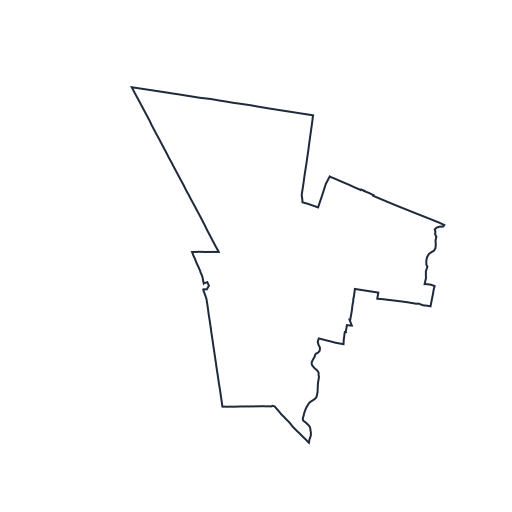 Floresti, Prahova, Romania, rotated 203°
{"feature_id": "2599482B41592580357929", "entity_name": "Floresti", "entity_type": "district", "adm_level": 2, "iso_a3": "ROU", "parent_name": "Romania", "parent_adm1": "Prahova", "projection": "orthographic", "projection_center": [25.793, 45.022], "detail": "fine", "context": "isolated", "style": "outline", "palette": "slate", "viewbox_px": 512, "rotation_deg": 203, "n_neighbors": 0, "source": "geoboundaries", "source_scale": "gbopen_adm2", "svg_char_len": 6055}
<svg xmlns="http://www.w3.org/2000/svg" viewBox="0 0 512 512"><g transform="rotate(203 256 256)"><path d="M219.2,358.0L219.9,349.7L218.9,338.9L218.0,327.0L217.8,325.0L225.4,324.5L228.4,324.3L230.7,324.1L231.2,323.9L232.5,323.8L234.2,323.6L235.1,325.5L236.6,328.0L237.7,329.9L238.0,330.8L238.8,334.0L240.6,341.1L242.8,349.1L245.0,357.9L245.1,358.3L245.1,358.5L247.2,366.3L248.9,372.9L251.2,381.1L253.5,389.7L254.7,394.2L257.3,403.8L257.9,405.6L258.2,407.2L258.4,407.8L301.2,397.0L312.5,394.3L319.7,392.7L327.0,390.8L337.3,388.0L344.2,386.4L350.5,384.8L358.8,382.9L369.5,379.7L393.0,373.9L393.9,373.6L399.2,372.3L436.3,362.8L430.6,358.1L424.4,353.2L414.4,345.1L406.1,338.4L403.8,336.2L393.8,328.1L390.1,325.2L387.6,323.1L382.8,319.2L379.8,316.8L374.2,312.1L372.4,310.7L370.6,309.3L367.6,306.8L366.0,305.5L363.9,303.8L361.3,301.7L355.6,297.1L353.3,295.3L350.4,293.0L347.4,290.4L345.4,288.7L342.1,286.2L338.3,283.0L332.2,278.2L330.6,276.9L330.4,276.7L330.2,276.6L329.8,276.2L327.8,274.6L325.8,273.0L322.3,270.2L317.5,266.2L317.0,265.8L316.4,265.3L311.2,260.8L310.0,259.8L309.2,259.1L308.4,258.6L307.2,257.5L305.5,256.2L304.6,255.4L303.0,254.1L301.9,253.1L301.1,252.6L300.2,251.8L298.2,250.2L296.8,249.0L294.4,247.2L292.2,245.5L291.9,245.2L293.3,244.7L293.5,244.4L294.2,244.2L294.6,244.1L294.9,243.9L295.6,243.6L296.3,243.3L297.9,242.7L298.6,242.3L299.5,241.9L300.4,241.6L301.3,241.2L301.6,241.1L302.9,240.5L304.6,239.6L305.0,239.6L305.6,239.4L306.0,239.3L307.8,238.5L308.8,238.1L309.3,237.9L310.7,237.4L311.2,237.1L311.7,236.8L313.7,235.9L314.0,235.8L315.4,235.2L315.8,235.0L316.4,234.7L316.0,234.3L315.9,234.1L315.0,233.2L314.6,232.8L314.2,232.3L312.7,231.0L312.3,230.6L311.6,230.0L311.0,229.5L310.3,228.7L309.2,227.6L309.0,227.4L308.7,227.1L308.1,226.5L307.7,226.1L307.2,225.6L306.4,224.9L305.9,224.4L305.3,224.0L305.1,223.8L304.3,223.1L303.2,221.9L302.8,221.6L301.8,220.7L301.0,219.7L300.6,219.2L299.4,218.1L298.1,216.9L297.5,216.2L297.1,215.8L295.2,212.9L293.9,211.0L293.4,210.3L293.3,210.6L292.9,210.9L291.8,211.8L290.6,212.9L288.9,211.3L287.7,210.2L288.3,206.0L291.3,204.9L291.5,204.6L291.4,204.3L289.8,202.5L287.1,199.7L285.1,197.4L284.6,196.8L283.4,194.8L281.7,192.1L278.1,186.1L276.4,183.2L273.1,178.0L271.7,175.7L270.6,173.8L268.9,171.1L268.2,169.8L267.6,168.8L266.8,167.5L265.2,164.9L262.9,161.2L259.6,155.7L259.3,155.2L258.9,154.6L252.2,143.6L250.9,141.6L249.9,139.8L247.7,136.2L246.1,133.6L245.0,131.9L242.6,127.9L239.9,123.5L238.1,120.7L237.0,119.0L234.8,115.3L231.0,109.1L228.2,104.4L228.0,104.2L226.0,105.1L224.9,105.5L223.4,106.1L221.2,107.1L219.0,108.0L217.3,108.7L215.8,109.4L214.1,110.2L212.2,111.1L210.9,111.7L208.8,112.6L206.4,113.6L205.4,114.1L204.3,114.5L203.3,114.9L202.5,115.3L201.2,115.9L200.2,116.3L199.2,116.7L198.4,117.1L196.3,118.0L194.8,118.7L193.2,119.4L190.6,120.6L189.5,121.0L188.6,121.3L186.7,122.1L185.6,122.6L184.8,122.9L183.7,123.3L182.9,123.7L182.6,124.3L182.1,124.6L181.2,124.7L179.6,124.7L178.8,124.2L177.3,123.4L175.6,122.7L174.0,121.8L172.2,120.9L171.0,120.2L169.7,119.7L168.1,119.1L167.0,118.7L166.4,118.4L166.1,118.3L165.5,118.0L165.0,117.7L163.9,117.3L162.4,116.7L161.5,116.4L158.3,114.8L157.9,114.6L157.2,114.2L156.6,113.8L155.7,113.3L153.3,112.3L149.3,110.7L147.3,110.0L140.9,107.4L138.6,106.6L136.0,105.4L134.3,104.8L134.5,105.6L134.7,106.5L135.1,107.7L135.1,108.6L135.2,109.9L135.3,111.2L135.4,112.0L135.7,113.0L136.2,114.4L137.0,115.6L138.5,118.2L139.6,119.6L140.4,120.2L142.5,121.2L145.0,122.1L147.2,122.6L148.1,122.9L148.5,123.2L149.0,123.8L149.3,124.6L149.6,125.5L149.7,127.0L149.9,128.2L150.1,129.2L150.3,131.2L150.4,132.6L150.5,135.1L150.4,136.5L150.1,138.7L149.7,141.4L149.3,142.3L148.7,143.3L147.0,145.8L146.1,147.3L145.7,148.3L145.5,148.7L145.3,149.6L145.3,150.5L145.5,151.6L145.8,152.6L145.9,153.6L146.1,154.6L146.6,156.1L147.2,157.4L147.8,159.2L148.4,160.6L148.9,162.1L149.1,162.9L149.4,163.7L149.7,164.7L150.0,166.1L150.1,166.7L150.5,168.1L150.7,169.0L151.1,169.8L152.0,171.1L152.7,172.9L153.8,173.9L155.1,174.6L156.3,175.0L157.8,175.4L159.9,176.4L161.2,177.1L162.2,177.9L162.9,179.1L163.2,180.1L163.1,182.5L163.0,183.9L162.7,186.1L162.9,187.6L162.9,188.9L162.5,189.8L161.7,190.5L161.2,191.2L160.7,192.5L160.5,193.2L160.4,193.8L160.6,194.4L160.8,195.4L161.3,196.4L162.0,197.3L163.4,198.3L165.5,200.8L165.8,201.9L165.9,203.5L165.9,204.7L158.4,205.8L154.8,206.4L152.2,206.8L149.6,207.1L149.1,207.2L141.0,209.0L141.9,211.5L142.4,212.9L143.1,215.4L143.9,218.3L144.3,219.5L144.5,220.7L143.5,221.0L143.9,221.8L144.8,225.9L145.2,227.3L145.3,227.9L142.5,228.7L140.6,229.4L145.1,234.0L144.4,234.3L146.0,241.4L146.5,243.4L147.9,248.1L148.1,249.1L148.3,249.6L148.7,252.1L149.0,252.8L149.2,253.1L149.9,255.5L149.8,256.0L150.5,258.7L150.9,260.1L151.1,260.5L151.2,261.3L151.8,263.4L152.1,264.3L129.1,270.1L127.7,264.1L126.5,264.4L124.5,265.1L123.3,265.5L121.0,266.2L119.7,266.6L118.5,266.9L117.9,267.0L117.3,267.2L116.2,267.6L115.5,267.8L112.7,268.6L112.0,268.8L111.4,269.0L110.8,269.2L110.2,269.3L109.6,269.5L108.6,269.8L107.9,270.0L107.4,270.1L106.4,270.4L105.5,270.7L104.1,271.1L103.3,271.3L102.2,271.6L101.1,271.9L100.0,272.2L98.9,272.5L98.0,272.7L96.7,273.1L95.8,273.2L94.6,273.5L93.8,273.7L92.8,274.0L91.9,274.2L91.1,274.3L90.4,274.5L89.1,275.0L88.8,275.1L87.7,275.7L83.1,275.9L82.4,276.0L81.9,276.2L79.1,277.1L75.7,277.9L76.1,279.8L76.9,283.5L78.2,289.9L78.9,292.8L79.5,295.4L79.8,298.1L80.7,298.1L82.1,298.0L83.9,297.9L85.7,297.4L87.1,297.0L88.3,296.6L88.8,296.4L89.8,296.0L90.9,302.0L93.6,308.1L94.1,313.2L95.8,314.6L97.4,318.2L98.1,321.7L97.6,325.5L96.0,328.1L94.3,330.3L93.9,333.3L94.9,336.6L96.8,340.4L97.5,344.2L99.6,345.9L100.3,348.3L101.9,350.4L100.6,353.0L99.3,354.0L98.1,355.0L96.3,355.6L95.1,356.5L94.8,358.1L100.3,358.3L131.0,357.6L145.4,357.3L156.9,357.2L166.3,357.2L171.6,357.2L171.7,358.0L172.3,357.9L176.1,358.2L179.1,358.1L181.9,358.0L181.9,358.4L185.2,358.3L185.3,357.6L186.4,357.7L188.0,357.7L190.6,357.7L192.8,357.7L194.7,357.8L197.9,357.9L202.2,357.9L205.3,357.9L207.9,357.9L214.4,358.0L216.3,357.9L218.8,357.9L219.2,358.0Z" fill="none" stroke="#1e293b" stroke-width="2"/></g></svg>